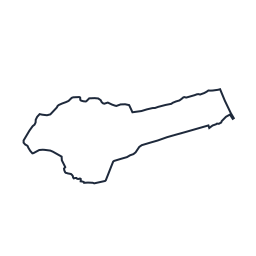 map outline of Benin (Natural Earth projection), rotated 254°
{"feature_id": "BEN", "entity_name": "Benin", "entity_type": "country or territory", "adm_level": 0, "iso_a3": "BEN", "parent_name": "Africa", "parent_adm1": "", "projection": "natural_earth1", "projection_center": [2.346, 9.3], "detail": "fine", "context": "isolated", "style": "outline", "palette": "slate", "viewbox_px": 256, "rotation_deg": 254, "n_neighbors": 0, "source": "natural_earth", "source_scale": "50m", "svg_char_len": 1830}
<svg xmlns="http://www.w3.org/2000/svg" viewBox="0 0 256 256"><g transform="rotate(254 128 128)"><path d="M108.3,232.4L107.9,231.2L112.8,229.7L111.8,225.3L108.8,220.0L107.6,219.1L107.0,216.5L107.7,214.7L107.3,213.6L107.1,210.0L105.6,206.1L108.3,206.0L108.3,193.4L108.3,181.3L108.4,171.0L108.4,162.9L107.8,153.1L107.8,146.0L107.7,136.5L106.7,133.6L102.5,128.6L101.4,126.0L101.2,122.5L100.3,119.0L100.3,112.8L100.2,105.6L99.8,104.5L95.3,101.0L89.0,96.2L84.2,92.5L83.8,92.2L83.4,91.3L84.1,80.3L85.1,78.9L86.6,74.4L87.4,70.7L88.1,70.7L89.0,69.6L89.8,67.8L90.7,68.2L92.1,68.5L92.7,67.9L92.6,66.6L93.1,65.2L94.2,64.6L94.5,63.4L94.5,62.0L95.5,61.6L97.1,61.7L98.4,61.2L99.5,60.5L100.9,57.7L101.6,56.7L101.9,56.0L102.7,55.4L104.8,55.1L106.6,55.3L107.7,56.9L115.2,55.5L118.8,56.3L126.0,49.2L127.7,47.1L129.9,42.0L130.6,40.1L131.3,36.6L129.9,30.2L130.0,29.1L133.0,27.7L136.7,26.7L138.2,26.6L139.1,26.0L140.5,24.6L142.7,23.6L144.0,24.0L144.8,24.2L152.7,32.6L156.1,36.9L157.0,39.1L158.8,40.7L161.4,41.6L163.8,43.8L165.7,46.9L164.5,49.1L162.6,53.6L162.5,57.1L166.9,64.5L167.4,65.3L168.6,66.4L169.2,67.8L169.7,71.4L170.0,75.6L170.4,78.3L172.5,82.2L172.6,83.8L171.2,89.6L170.8,90.2L170.4,90.4L168.2,89.9L167.2,90.5L166.0,92.5L165.2,94.5L165.2,95.3L167.2,98.9L165.9,104.2L164.6,107.5L162.3,109.4L160.2,109.8L158.7,110.7L157.9,111.9L158.0,115.6L154.9,119.1L153.2,121.5L152.4,122.9L152.7,127.4L151.6,131.8L149.7,135.4L145.4,136.1L141.9,136.6L140.6,145.6L140.7,151.3L140.4,157.1L139.8,159.5L140.0,162.8L139.8,170.4L139.3,176.3L139.9,177.9L140.3,181.4L140.3,185.0L141.2,187.5L142.2,189.7L142.1,190.9L141.6,191.6L141.2,192.5L141.2,201.0L141.4,203.6L141.1,205.2L140.3,206.5L140.6,210.9L141.2,213.6L141.9,215.6L141.3,217.3L140.7,219.6L139.9,225.2L139.9,227.2L127.6,228.6L114.0,230.9L108.3,232.4Z" fill="none" stroke="#1e293b" stroke-width="2"/></g></svg>